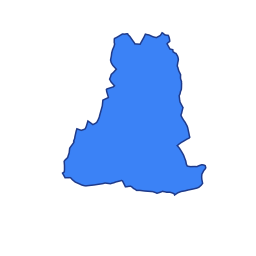 the district of Aqra, Ninawa, Iraq, rotated 152°
{"feature_id": "34846034B43190647810772", "entity_name": "Aqra", "entity_type": "district", "adm_level": 2, "iso_a3": "IRQ", "parent_name": "Iraq", "parent_adm1": "Ninawa", "projection": "natural_earth1", "projection_center": [43.799, 36.668], "detail": "fine", "context": "isolated", "style": "filled", "palette": "blue", "viewbox_px": 256, "rotation_deg": 152, "n_neighbors": 0, "source": "geoboundaries", "source_scale": "gbopen_adm2", "svg_char_len": 3306}
<svg xmlns="http://www.w3.org/2000/svg" viewBox="0 0 256 256"><g transform="rotate(152 128 128)"><path d="M78.1,90.3L78.0,90.5L77.8,91.0L77.6,91.5L77.5,92.3L76.9,94.1L76.2,96.6L75.2,100.1L74.9,101.8L74.9,104.1L74.9,106.2L75.2,108.4L75.4,111.2L75.4,113.3L75.3,114.2L75.1,114.5L74.8,115.0L74.7,115.1L73.7,115.9L72.8,117.0L71.3,118.7L70.1,120.0L69.9,120.1L69.9,121.8L69.9,124.3L69.9,125.9L69.8,126.9L69.6,127.4L69.4,127.8L69.3,128.4L68.8,129.6L68.4,130.6L67.8,132.2L67.6,132.6L66.7,133.2L66.0,133.8L65.3,134.6L64.6,135.5L63.6,136.3L62.8,137.0L62.3,137.8L61.8,138.6L60.9,140.2L60.3,141.3L59.9,141.9L59.5,143.0L59.0,143.8L58.9,144.4L58.7,145.5L58.6,146.2L58.3,147.2L58.1,147.6L57.2,149.3L56.6,150.2L56.5,150.5L56.5,151.2L56.4,152.9L56.4,154.1L56.3,154.8L56.2,155.2L56.0,156.4L55.6,157.8L55.5,159.1L55.4,159.6L54.9,160.4L54.0,161.5L53.6,162.1L53.2,162.6L52.3,163.6L51.7,164.4L51.4,164.8L50.9,166.2L50.7,167.0L50.5,168.2L50.5,169.1L50.6,170.2L50.6,171.2L51.1,171.8L51.7,172.7L51.9,173.3L52.4,173.9L52.2,174.9L51.7,176.1L53.5,177.7L53.9,178.1L54.0,184.0L52.8,184.5L50.9,184.8L50.4,185.0L49.9,186.2L49.4,187.8L49.1,189.1L49.0,190.9L50.9,192.2L51.8,193.1L52.6,195.2L53.2,196.1L54.7,195.2L56.1,194.5L60.5,194.5L62.7,196.4L63.6,197.4L65.1,199.4L65.9,200.4L67.2,201.4L68.6,202.7L71.1,200.8L73.1,199.5L74.8,198.4L78.0,196.3L80.1,197.6L82.4,199.0L82.4,200.0L83.0,204.5L83.4,208.0L84.1,210.0L84.1,211.3L85.2,211.9L87.0,212.5L88.5,213.5L89.1,213.6L92.8,213.4L95.1,213.3L96.5,213.3L97.9,213.4L98.5,212.7L100.0,210.0L100.4,208.4L102.0,206.6L104.7,204.5L107.1,202.0L108.9,199.4L111.5,196.2L112.1,193.8L112.1,191.9L112.0,190.4L111.1,186.9L110.7,185.4L114.8,183.9L117.6,183.2L119.7,181.1L121.3,179.8L121.3,176.4L120.1,171.6L120.9,171.4L121.6,171.2L128.3,172.4L128.9,172.1L129.0,172.1L129.7,170.2L130.9,164.2L131.0,164.1L137.1,164.4L140.1,159.9L140.2,159.7L144.1,155.6L147.6,151.9L147.8,151.6L148.0,151.3L150.7,149.1L152.9,147.7L154.6,147.4L157.4,147.5L158.8,150.4L160.1,153.0L164.2,148.9L166.1,147.4L167.6,147.4L170.4,147.9L173.5,151.3L175.2,149.6L176.5,148.1L178.1,146.2L178.9,145.3L180.0,143.8L182.2,141.9L182.2,141.1L183.0,140.5L184.6,139.7L187.7,138.2L189.0,137.5L190.1,135.9L191.6,133.7L193.6,131.8L195.1,130.3L196.3,129.9L196.7,129.8L198.5,129.3L199.1,129.0L200.0,128.6L201.7,124.7L203.6,121.1L204.4,119.9L204.8,119.2L207.0,118.9L206.9,113.6L202.2,111.2L201.8,110.2L201.4,108.5L200.0,105.1L196.8,101.0L195.6,99.4L193.8,97.7L192.4,96.7L190.6,96.0L184.6,93.6L178.0,91.3L176.3,90.7L174.1,90.2L169.6,87.0L168.1,86.8L166.3,86.3L164.3,86.1L159.4,84.9L158.5,84.8L157.7,83.8L157.9,77.3L156.3,76.6L155.2,76.3L153.8,75.7L153.0,75.4L152.2,74.0L151.5,72.0L150.5,70.6L149.7,68.9L146.9,67.4L142.8,64.5L137.9,61.4L136.0,60.2L134.9,59.0L133.8,57.8L133.1,56.8L130.7,56.3L127.0,55.8L126.4,55.1L125.4,54.4L124.0,53.1L122.6,52.4L121.0,51.5L119.8,50.3L119.2,49.7L118.1,48.1L118.3,47.0L114.6,47.4L110.9,47.0L107.3,45.8L103.9,45.0L99.2,43.6L95.4,42.6L93.3,42.4L90.3,43.1L88.1,44.1L86.9,48.1L85.9,50.3L84.5,52.5L81.0,54.9L78.9,55.7L78.0,56.4L77.5,58.5L78.4,59.7L80.0,60.9L81.4,61.2L83.9,61.5L85.2,61.5L87.6,62.9L91.1,64.6L93.5,66.5L93.5,68.5L92.5,71.8L92.1,75.0L91.7,77.9L91.7,79.0L91.8,81.8L92.1,86.1L92.8,89.3L92.7,89.3L90.7,89.8L88.0,90.2L84.8,90.3L81.1,90.5L78.1,90.4L78.1,90.3Z" fill="#3b82f6" stroke="#1e3a8a" stroke-width="1.5"/></g></svg>